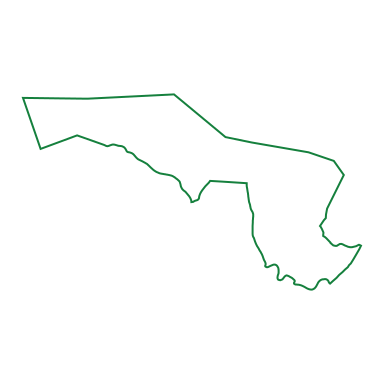 the district of Lombard, Praslin, Saint Lucia
{"feature_id": "8701671B23610017259246", "entity_name": "Lombard", "entity_type": "district", "adm_level": 2, "iso_a3": "LCA", "parent_name": "Saint Lucia", "parent_adm1": "Praslin", "projection": "albers", "projection_center": [-60.914, 13.857], "detail": "fine", "context": "isolated", "style": "outline", "palette": "green", "viewbox_px": 384, "rotation_deg": 0, "n_neighbors": 0, "source": "geoboundaries", "source_scale": "gbopen_adm2", "svg_char_len": 5974}
<svg xmlns="http://www.w3.org/2000/svg" viewBox="0 0 384 384"><path d="M327.1,208.6L343.8,175.0L333.8,160.9L308.5,152.3L251.8,142.5L225.5,137.1L174.0,94.4L87.3,98.7L61.8,98.4L23.0,97.9L40.6,148.9L77.1,135.4L104.0,144.9L104.7,145.2L105.7,145.7L106.3,146.0L106.9,146.1L107.4,146.2L107.9,146.1L109.0,145.8L109.7,145.5L110.8,145.1L111.4,144.9L111.6,144.8L111.8,144.8L112.0,144.7L112.4,144.6L112.9,144.5L113.6,144.5L113.8,144.6L114.2,144.6L114.6,144.7L115.1,144.8L116.8,145.3L117.5,145.5L117.9,145.7L118.1,145.7L118.3,145.8L118.7,145.8L119.2,145.9L119.6,145.9L120.3,146.0L120.7,146.0L121.3,146.1L121.7,146.2L122.2,146.3L122.6,146.5L123.0,146.7L124.1,147.3L124.4,147.6L124.6,147.8L125.2,148.5L125.6,149.1L125.9,149.7L126.2,150.2L126.5,150.8L126.7,151.2L126.8,151.4L127.1,151.6L127.7,152.0L128.2,152.1L128.4,152.2L129.2,152.3L130.0,152.5L131.4,153.0L131.6,153.1L132.4,153.5L132.7,153.8L133.1,154.0L133.3,154.2L134.1,155.0L134.5,155.6L134.9,155.9L135.3,156.5L136.4,157.7L137.2,158.5L137.7,158.9L137.9,159.1L138.6,159.5L139.8,160.1L142.1,161.2L142.5,161.4L144.1,162.3L144.7,162.6L145.4,163.0L146.0,163.4L146.8,163.8L147.3,164.2L147.5,164.4L147.8,164.7L148.0,164.8L148.3,165.2L148.8,165.6L149.5,166.3L150.3,167.1L151.8,168.5L152.2,168.8L153.0,169.6L153.7,170.1L154.0,170.4L155.4,171.3L156.2,171.8L156.6,172.0L157.0,172.2L157.6,172.4L158.9,173.0L159.4,173.2L160.0,173.4L160.5,173.5L161.0,173.6L161.6,173.7L162.0,173.8L162.9,173.9L163.3,174.0L164.4,174.2L165.3,174.3L165.7,174.4L166.1,174.5L166.8,174.6L167.5,174.7L167.9,174.8L168.4,174.9L169.0,175.0L170.2,175.3L170.6,175.4L171.4,175.6L172.2,175.9L173.0,176.3L174.1,177.0L174.6,177.2L174.8,177.4L175.1,177.7L176.4,178.7L177.4,179.4L177.5,179.5L177.8,179.8L179.2,181.1L179.6,181.6L179.7,181.8L179.9,182.4L180.3,183.7L180.5,184.4L180.6,184.9L180.7,185.6L180.8,185.8L180.8,186.0L180.9,186.5L181.2,187.1L181.4,187.5L181.8,188.3L182.1,188.9L182.4,189.2L182.9,189.7L183.4,190.3L184.1,190.8L184.5,191.1L185.3,191.7L185.8,192.2L186.2,192.7L187.3,194.0L187.8,194.6L188.7,195.7L189.0,196.0L189.9,197.4L190.4,198.3L190.6,198.7L190.8,199.4L190.9,199.6L191.1,200.0L191.3,200.7L191.3,201.2L191.4,201.6L191.4,202.1L193.1,201.9L194.7,200.9L197.6,200.0L198.9,198.6L199.3,196.1L200.0,194.1L200.9,192.3L202.2,190.3L205.3,186.3L208.9,182.6L210.1,180.9L221.9,181.6L246.7,183.2L246.7,185.5L246.8,186.7L247.0,187.7L247.0,187.9L247.1,188.1L247.2,188.6L247.2,188.8L247.3,189.5L247.7,192.1L247.9,192.9L248.0,193.6L248.0,193.9L248.1,194.6L248.2,195.3L248.3,196.8L248.5,197.8L248.6,198.8L249.0,201.5L249.2,202.4L249.5,203.2L249.7,203.8L250.1,205.1L250.2,206.1L250.3,206.6L250.4,206.8L250.5,207.5L250.6,208.1L250.8,208.8L251.1,209.5L251.3,210.0L251.5,210.3L252.0,211.2L252.2,211.4L252.6,212.3L252.8,212.7L252.8,213.0L253.1,213.7L253.2,214.2L253.2,215.7L253.2,216.4L253.2,216.9L253.1,217.1L253.1,217.3L253.0,218.3L253.0,219.0L252.8,220.6L252.8,221.2L252.8,222.0L252.8,222.6L252.7,224.2L252.6,225.8L252.6,226.0L252.6,228.3L252.6,228.6L252.6,232.0L252.6,232.4L252.6,232.9L252.6,233.2L252.6,233.9L252.7,235.0L252.8,235.7L253.1,236.5L253.5,237.4L253.6,237.6L253.8,237.8L254.0,238.2L254.1,238.6L254.2,238.9L254.4,239.5L254.9,241.1L255.8,243.4L256.2,244.3L257.2,246.3L257.7,247.0L258.7,248.6L259.5,250.2L259.9,250.9L260.4,251.5L261.1,252.9L261.8,254.1L262.5,255.7L262.9,256.8L263.4,258.3L263.6,258.8L263.7,259.2L263.9,259.7L264.1,260.1L264.9,261.6L265.2,262.2L265.4,262.7L265.5,263.2L265.6,263.4L265.6,263.9L265.6,264.4L265.6,264.7L265.4,265.3L265.3,265.5L265.2,265.7L265.2,266.0L265.3,266.4L265.5,266.6L266.0,266.9L266.3,267.0L266.7,267.2L267.0,267.2L267.4,267.2L267.9,267.1L268.2,267.0L270.0,266.1L270.9,265.7L271.9,265.3L272.3,265.1L272.8,264.9L273.4,264.7L273.8,264.6L274.1,264.6L274.9,264.6L275.3,264.7L275.6,264.8L276.1,265.1L276.4,265.2L276.7,265.5L277.0,265.8L277.3,266.2L278.0,267.4L278.2,267.8L278.4,268.5L278.5,269.5L278.6,269.8L278.6,272.5L278.5,273.5L278.4,273.8L277.8,275.5L277.6,276.6L277.5,277.3L277.5,278.1L277.6,278.5L277.7,278.8L277.8,279.0L278.0,279.4L278.2,279.5L278.3,279.7L279.1,280.0L279.6,280.1L280.3,280.2L280.5,280.2L281.1,279.9L281.3,279.8L281.7,279.7L281.9,279.6L282.3,279.4L282.5,279.3L283.2,278.4L284.3,277.0L284.7,276.5L285.2,276.1L285.6,275.8L286.0,275.6L286.4,275.5L286.6,275.4L286.8,275.4L287.2,275.6L287.9,275.8L288.2,275.9L288.9,276.2L290.0,276.9L290.4,277.1L291.2,277.5L291.9,277.9L292.5,278.4L293.3,279.1L293.8,279.6L294.2,279.9L294.5,280.3L294.7,280.7L294.7,280.9L294.7,281.2L294.7,281.4L294.6,281.6L294.4,282.1L294.2,282.4L294.1,282.6L294.0,283.1L294.0,283.4L294.1,283.6L294.2,283.8L294.4,284.0L294.6,284.1L294.8,284.2L295.2,284.4L295.3,284.4L295.6,284.5L296.3,284.5L297.1,284.6L297.8,284.7L298.4,284.7L299.1,284.8L299.5,284.9L299.9,285.0L300.3,285.1L301.3,285.4L302.7,286.0L303.7,286.5L304.3,286.8L305.0,287.2L306.2,287.9L306.5,288.1L306.9,288.3L307.3,288.5L307.7,288.7L308.0,288.8L309.0,289.2L309.4,289.3L309.6,289.3L309.8,289.4L310.2,289.5L310.5,289.5L311.3,289.6L311.5,289.6L311.9,289.6L312.7,289.4L314.4,288.5L314.5,288.3L314.9,288.0L315.2,287.6L315.7,287.1L315.8,286.9L316.5,285.8L316.7,285.4L317.4,284.1L317.9,283.1L318.2,282.5L318.5,282.1L318.9,281.6L319.4,281.1L319.7,280.8L320.5,280.2L321.0,279.9L321.8,279.6L322.2,279.4L323.1,279.3L323.5,279.3L324.6,279.1L325.1,279.1L325.7,279.1L325.9,279.2L326.3,279.3L327.2,279.8L327.7,280.2L327.9,280.4L328.1,280.7L328.4,281.1L328.5,281.3L328.6,281.7L328.8,282.1L328.9,282.3L329.0,282.5L329.2,282.8L329.6,283.2L329.7,283.4L330.1,283.6L332.7,281.2L336.6,277.8L339.2,274.9L342.5,272.1L345.2,269.4L347.8,267.2L349.1,265.1L350.8,263.5L353.4,259.3L356.1,254.7L359.4,249.0L361.0,245.7L359.5,244.9L358.8,244.8L356.1,246.2L352.0,247.2L350.0,247.2L347.8,246.7L346.5,246.1L344.9,245.5L342.6,244.3L341.3,243.9L339.8,244.0L336.7,245.9L335.4,245.9L333.3,245.4L330.5,243.0L330.5,242.6L326.3,238.2L324.9,237.0L323.2,236.0L323.2,234.9L323.4,233.3L323.4,232.4L321.9,229.0L320.5,226.5L320.0,226.0L323.9,220.2L325.8,218.1L326.0,214.5L327.1,208.6Z" fill="none" stroke="#15803d" stroke-width="2"/></svg>